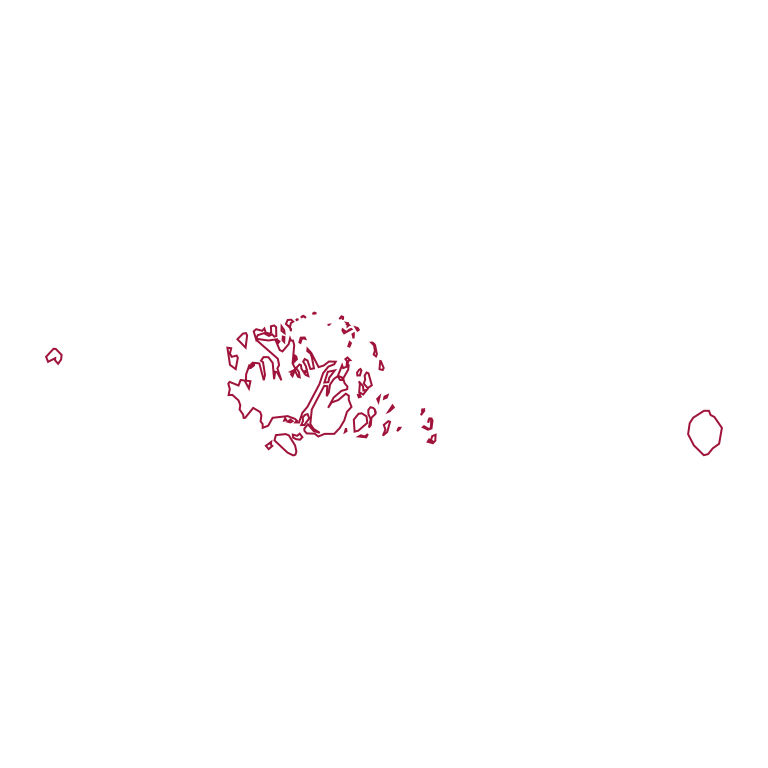 the district of Savo-Russull Islands, Central, Solomon Islands
{"feature_id": "97153195B89982446723092", "entity_name": "Savo-Russull Islands", "entity_type": "district", "adm_level": 2, "iso_a3": "SLB", "parent_name": "Solomon Islands", "parent_adm1": "Central", "projection": "robinson", "projection_center": [159.191, -9.062], "detail": "fine", "context": "isolated", "style": "outline", "palette": "rose", "viewbox_px": 768, "rotation_deg": 0, "n_neighbors": 0, "source": "geoboundaries", "source_scale": "gbopen_adm2", "svg_char_len": 6167}
<svg xmlns="http://www.w3.org/2000/svg" viewBox="0 0 768 768"><path d="M287.6,416.1L295.0,418.9L296.9,420.7L295.4,422.4L299.0,422.5L302.4,412.8L307.4,406.9L319.4,384.2L323.1,373.2L328.4,366.6L334.2,364.3L335.7,361.7L329.0,361.5L323.6,365.6L318.6,367.1L311.2,352.8L307.5,348.8L307.3,351.1L310.5,353.5L311.8,357.1L314.0,368.4L310.4,369.0L307.5,360.5L304.7,359.0L303.2,361.6L305.8,366.0L308.3,376.1L305.6,374.9L301.4,368.7L301.0,365.2L299.5,364.5L296.1,368.0L298.9,372.1L299.7,377.3L298.0,376.7L294.8,370.2L292.5,376.2L291.1,374.5L291.8,372.1L290.7,371.8L295.6,369.3L292.6,363.4L294.2,345.2L293.0,340.6L291.0,340.6L290.1,338.4L288.7,344.1L282.5,351.4L279.7,350.0L275.3,339.5L268.4,340.5L257.7,339.0L257.1,340.6L277.8,358.7L279.1,365.0L277.4,368.5L281.4,380.3L277.2,372.4L275.2,371.7L274.1,379.2L272.7,362.9L268.4,357.2L263.5,357.1L261.0,360.7L263.0,362.2L265.0,374.9L263.8,380.2L259.3,363.4L252.7,362.7L252.2,363.3L253.9,363.8L254.1,365.3L250.9,367.9L248.9,368.1L248.0,369.4L249.2,367.3L249.6,364.4L246.1,374.4L246.0,380.7L250.4,381.2L248.9,388.5L244.6,380.5L240.6,380.0L238.5,385.5L229.6,381.9L228.3,383.7L229.8,389.0L228.6,395.1L232.4,394.9L238.5,400.4L240.3,405.2L239.6,409.5L243.2,414.7L243.6,417.9L245.2,417.8L253.2,407.9L260.2,412.1L261.4,415.5L260.6,421.3L262.6,424.0L262.7,427.8L268.2,425.7L272.6,417.8L287.6,416.1ZM351.5,406.9L348.8,399.9L348.8,395.7L345.8,393.7L338.4,400.0L331.6,402.5L328.1,407.8L333.7,397.5L341.4,390.9L347.2,389.2L347.4,386.5L344.6,383.2L343.2,378.5L348.2,369.6L348.7,365.2L347.5,363.7L348.7,360.4L350.2,360.2L347.5,357.5L345.4,359.1L347.0,361.1L346.6,366.8L343.1,368.1L342.1,365.2L337.9,375.8L342.3,377.6L342.3,380.1L340.0,379.9L337.7,376.2L333.8,379.0L330.0,384.7L328.8,392.5L326.7,396.2L327.3,386.2L324.2,385.8L311.8,409.4L310.3,423.9L313.6,428.9L319.8,432.8L313.7,431.1L307.9,424.3L304.3,428.7L304.5,430.9L306.7,433.4L314.7,433.7L318.3,436.5L324.5,433.9L334.2,433.9L339.7,428.1L344.2,420.6L347.0,411.8L351.5,406.9ZM721.9,427.9L714.4,417.0L710.6,415.0L708.9,410.8L704.0,410.8L693.2,417.7L689.7,423.2L688.1,434.2L693.8,445.3L703.8,455.2L708.1,454.1L712.8,448.3L719.1,443.8L721.9,427.9ZM296.4,451.6L295.1,445.5L288.9,435.4L285.7,434.1L275.9,435.1L274.5,440.4L287.5,452.6L293.2,455.4L295.4,454.7L296.4,451.6ZM367.3,422.9L366.5,416.3L361.7,413.3L358.5,413.8L353.8,419.7L354.6,431.6L358.3,430.7L367.3,422.9ZM61.6,354.9L55.7,348.9L53.5,348.8L46.1,356.8L48.1,361.8L55.2,358.2L55.1,360.3L58.1,363.8L61.1,359.5L61.6,354.9ZM276.3,336.0L276.1,327.1L274.2,325.5L270.9,326.3L271.2,332.4L269.6,333.7L265.6,332.5L264.4,328.5L262.2,330.8L256.2,329.2L253.7,331.4L256.1,339.3L257.7,335.2L264.0,333.2L268.9,335.9L272.2,334.4L274.3,336.6L276.3,336.0ZM237.8,357.9L236.7,355.6L231.7,356.8L229.9,353.5L231.2,348.2L227.4,347.7L230.0,364.9L235.7,369.1L237.8,357.9ZM247.1,335.5L246.0,333.1L243.0,333.6L237.4,339.2L245.6,347.6L247.1,335.5ZM371.8,385.3L368.5,373.3L366.6,372.5L364.6,375.7L365.2,379.5L363.8,383.5L367.7,388.1L371.8,385.3ZM376.0,413.1L374.8,409.5L373.1,407.9L370.5,407.2L368.3,409.9L368.4,414.1L370.7,419.2L368.9,427.5L370.8,425.2L371.4,417.8L375.5,413.9L375.2,412.2L376.0,413.1ZM334.8,370.4L327.8,371.8L324.4,382.5L328.4,382.1L329.2,377.8L334.8,370.4ZM309.2,418.3L307.6,414.1L305.0,414.9L302.7,417.4L303.0,421.0L301.2,425.1L304.4,425.0L309.2,418.3ZM390.0,421.8L388.3,421.2L383.8,424.9L385.4,429.7L382.9,435.6L387.2,432.0L390.0,421.8ZM366.8,389.9L363.4,390.5L363.0,386.2L358.9,381.4L359.9,383.8L359.2,392.2L363.2,394.5L366.8,389.9ZM302.4,437.2L299.7,433.7L297.1,435.8L292.8,434.6L293.1,437.6L296.2,439.2L300.0,439.7L302.4,437.2ZM435.3,440.7L435.6,434.8L432.2,436.1L431.0,440.2L432.5,441.3L432.3,442.1L428.4,441.2L429.7,438.6L427.7,441.8L432.9,443.2L435.3,440.7ZM293.2,321.6L291.2,319.7L287.7,320.0L285.9,323.9L289.9,327.7L290.9,323.0L293.2,321.6ZM272.3,445.9L270.8,444.6L271.2,441.9L265.9,445.8L268.7,449.1L272.3,445.9ZM383.7,368.0L380.8,361.1L380.2,361.0L379.5,369.2L382.7,370.0L383.7,368.0ZM376.9,354.1L375.1,345.2L373.9,343.5L372.1,342.5L371.3,342.6L374.0,345.3L374.9,350.7L373.7,354.5L376.0,356.4L376.9,354.1ZM361.4,370.4L360.5,369.0L359.1,369.8L357.0,372.7L357.4,375.5L359.9,375.4L361.4,370.4ZM432.5,420.5L431.5,418.5L429.7,418.4L429.0,419.0L428.2,421.6L428.3,422.7L429.3,418.7L431.2,419.4L430.9,428.3L428.3,428.8L424.0,426.2L422.9,427.2L428.0,429.7L431.5,428.4L432.5,420.5ZM366.2,437.3L367.9,434.1L364.8,436.5L360.8,435.3L358.7,436.5L366.2,437.3ZM296.9,359.2L296.3,356.6L295.1,355.7L294.6,361.5L296.9,359.2ZM351.5,329.2L351.1,328.9L349.5,329.6L346.2,332.0L342.7,329.3L342.4,330.4L344.1,333.3L351.5,329.2ZM393.8,407.4L392.5,405.5L388.3,411.8L389.4,411.3L393.8,407.4ZM305.3,338.9L304.6,337.5L300.7,337.7L299.4,342.3L300.4,342.9L302.0,338.3L305.3,338.9ZM284.5,333.1L284.2,330.2L281.6,326.4L281.5,330.7L284.5,333.1ZM292.5,421.2L290.4,419.6L287.7,421.7L290.3,422.4L292.5,421.2ZM424.3,410.7L423.9,409.4L422.3,409.4L422.0,411.0L422.1,411.4L422.4,409.9L423.6,409.5L420.9,415.2L424.3,410.7ZM387.6,395.2L384.5,396.6L384.1,398.7L386.8,397.5L387.6,395.2ZM253.7,364.4L251.4,363.8L250.2,366.4L252.1,366.7L253.7,364.4ZM350.9,343.2L349.7,342.1L348.3,346.2L349.5,346.6L350.9,343.2ZM360.7,396.7L359.5,394.2L357.9,394.9L358.8,397.3L360.7,396.7ZM378.4,401.8L379.6,396.5L377.2,399.0L378.4,401.8ZM286.3,420.1L285.1,418.1L284.2,420.6L286.3,420.1ZM346.5,431.1L346.0,428.2L344.9,432.1L346.5,431.1ZM284.4,337.0L282.8,336.6L282.6,340.3L284.2,342.0L284.4,337.0ZM400.3,427.8L398.7,427.8L397.2,431.1L399.6,429.0L400.3,427.8ZM353.5,338.4L353.9,334.5L353.8,333.4L352.5,334.2L353.5,338.4ZM358.8,329.8L357.8,328.1L355.5,327.3L357.5,330.7L358.8,329.8ZM348.9,325.2L348.0,323.1L346.7,322.9L348.3,324.4L345.8,323.9L347.7,324.5L347.6,326.3L348.9,325.2ZM343.0,319.6L343.1,317.0L341.4,316.4L339.3,319.1L341.7,316.8L343.0,319.6ZM279.4,341.4L278.0,340.6L276.5,338.5L278.5,342.6L279.4,341.4ZM306.7,370.4L304.8,371.2L304.7,372.7L306.4,371.6L306.7,370.4ZM305.8,317.9L304.9,316.7L303.3,315.8L301.9,316.5L300.9,317.6L303.5,316.2L305.8,317.9ZM290.9,331.2L291.0,328.9L290.2,328.0L290.9,331.2ZM312.5,313.8L316.3,313.4L314.4,312.6L312.5,313.8ZM295.9,320.4L298.4,319.3L296.9,319.3L295.9,320.4ZM328.9,324.9L329.1,324.7L327.6,324.9L328.9,324.9Z" fill="none" stroke="#9f1239" stroke-width="2"/></svg>